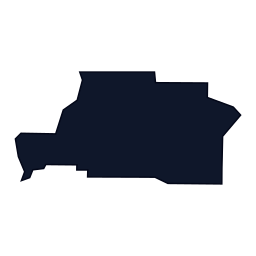 outline of Spalding, Georgia, United States of America
{"feature_id": "52423323B62246388397555", "entity_name": "Spalding", "entity_type": "district", "adm_level": 2, "iso_a3": "USA", "parent_name": "United States of America", "parent_adm1": "Georgia", "projection": "mercator", "projection_center": [-84.329, 33.266], "detail": "fine", "context": "isolated", "style": "filled", "palette": "ink", "viewbox_px": 256, "rotation_deg": 0, "n_neighbors": 0, "source": "geoboundaries", "source_scale": "gbopen_adm2", "svg_char_len": 512}
<svg xmlns="http://www.w3.org/2000/svg" viewBox="0 0 256 256"><path d="M21.0,133.3L15.4,138.9L18.4,156.7L24.7,171.7L21.4,180.6L29.7,177.6L32.8,169.8L43.7,168.5L45.8,164.5L76.9,164.8L76.8,170.0L87.8,170.0L87.6,176.9L144.2,177.1L155.0,177.2L167.9,183.4L221.8,183.9L221.9,168.4L222.6,136.3L233.3,123.7L240.6,115.1L233.3,107.1L207.3,97.5L207.5,83.0L172.2,82.8L155.5,82.7L154.5,72.1L97.9,72.1L79.8,72.1L82.5,80.0L77.2,100.2L63.3,110.0L55.7,133.9L21.0,133.3Z" fill="#0f172a" stroke="#020617" stroke-width="1.5"/></svg>